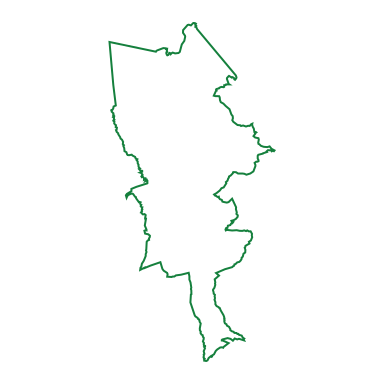 Cocu, Arges, Romania (Robinson projection)
{"feature_id": "2599482B3683205747186", "entity_name": "Cocu", "entity_type": "district", "adm_level": 2, "iso_a3": "ROU", "parent_name": "Romania", "parent_adm1": "Arges", "projection": "robinson", "projection_center": [24.657, 44.87], "detail": "fine", "context": "isolated", "style": "outline", "palette": "green", "viewbox_px": 384, "rotation_deg": 0, "n_neighbors": 0, "source": "geoboundaries", "source_scale": "gbopen_adm2", "svg_char_len": 6053}
<svg xmlns="http://www.w3.org/2000/svg" viewBox="0 0 384 384"><path d="M242.8,256.6L243.5,253.7L245.2,252.5L245.4,249.9L244.7,247.7L245.2,247.2L245.5,245.8L249.5,243.5L248.9,241.8L250.9,240.5L252.2,237.2L251.8,235.5L252.0,233.8L250.6,231.3L248.9,231.4L247.2,230.4L246.1,231.1L244.2,230.4L242.4,230.9L239.6,230.8L236.7,230.2L232.1,230.5L226.9,229.9L225.8,230.4L225.5,229.4L226.2,228.0L227.4,227.9L227.9,225.7L230.3,225.1L231.1,223.6L232.2,223.4L233.1,222.2L232.0,222.1L231.4,220.8L233.6,220.2L235.8,219.0L237.6,216.9L237.8,215.3L236.4,213.9L236.8,212.4L235.9,209.1L236.1,207.3L232.1,198.7L228.6,202.1L226.8,202.6L223.8,202.0L222.4,201.6L221.8,199.9L220.0,199.2L219.1,198.1L218.8,196.7L217.9,197.1L216.8,196.5L216.2,195.9L215.2,195.7L214.1,194.5L216.4,193.2L219.8,190.5L221.5,188.2L223.7,187.4L226.3,183.3L225.9,182.1L227.5,180.7L228.2,178.5L228.9,177.6L229.0,176.5L230.7,175.5L232.9,173.2L233.0,172.3L233.3,172.1L236.0,172.2L238.0,173.5L242.4,173.5L244.4,173.8L246.4,174.7L250.3,173.5L253.4,171.4L255.4,166.1L255.4,164.9L254.6,162.9L256.2,161.7L257.4,161.7L258.5,161.2L258.5,160.2L257.7,158.5L257.7,155.8L258.3,154.8L262.9,153.6L263.0,153.3L267.0,152.0L266.6,151.4L267.9,150.2L271.1,150.3L271.7,151.3L272.9,150.7L273.9,151.2L274.5,150.4L271.5,148.8L269.6,146.4L267.3,147.1L263.7,146.8L260.9,145.8L259.4,144.3L258.5,143.9L258.2,142.6L258.8,139.6L258.4,138.2L255.1,137.5L253.5,136.1L255.2,133.8L255.0,133.3L256.3,132.4L255.8,132.0L254.4,132.0L253.8,128.6L252.7,126.7L252.1,124.8L252.3,123.7L251.2,124.2L249.7,125.9L248.1,125.8L246.0,126.5L243.1,125.5L241.0,126.0L240.3,125.3L237.5,125.0L233.3,121.8L232.3,120.2L232.9,118.3L232.7,116.1L231.4,114.5L229.5,109.2L225.7,106.0L223.4,103.6L220.8,102.2L220.0,100.2L219.7,97.3L219.1,96.2L215.2,96.1L213.8,95.7L216.0,90.8L216.6,90.6L216.1,89.4L216.6,89.0L219.1,88.3L219.3,87.8L221.3,86.9L223.7,87.2L224.2,86.8L224.2,85.2L225.8,85.0L226.1,84.4L229.3,84.4L228.7,84.0L226.9,78.9L227.0,78.0L228.6,76.2L229.0,75.9L231.8,77.6L232.2,77.1L233.2,77.5L233.8,77.9L234.6,78.9L234.4,79.4L235.0,79.8L236.2,78.4L236.5,77.3L235.8,75.4L197.1,29.1L196.2,26.9L195.4,26.9L195.4,25.9L196.1,25.6L195.3,24.5L195.9,23.7L194.9,23.1L193.3,23.0L190.9,25.4L188.8,24.7L187.6,25.0L183.1,30.1L183.0,32.8L185.0,35.7L185.2,36.7L184.3,40.9L181.8,44.4L179.8,51.9L178.5,53.0L175.1,53.4L172.7,52.6L171.6,53.2L170.7,54.2L170.1,53.1L169.4,52.9L168.4,54.9L167.3,55.3L166.8,54.7L166.3,53.2L166.4,52.3L167.2,51.9L166.9,50.7L167.1,48.8L165.9,49.0L165.8,48.3L163.3,48.1L157.2,50.4L156.4,50.9L155.9,51.7L109.5,42.0L113.3,85.0L115.8,105.5L113.6,106.5L113.2,108.6L112.5,109.7L111.4,110.0L111.3,110.5L111.8,111.1L111.7,111.7L113.4,113.3L113.2,114.0L113.6,114.5L113.2,115.6L114.2,116.0L114.2,116.5L113.2,117.2L114.0,117.8L113.9,119.0L114.4,119.7L113.3,120.5L113.4,120.9L114.4,121.6L114.2,123.4L115.1,124.6L116.0,125.2L115.7,127.1L116.9,127.6L116.6,129.8L116.0,130.1L116.7,131.9L118.2,133.3L118.3,134.3L120.2,137.2L120.5,138.5L122.0,139.7L123.1,141.9L122.8,144.1L123.9,145.2L123.3,145.9L124.2,148.0L124.5,151.2L126.4,152.2L127.0,154.2L127.6,155.0L129.0,155.2L131.7,154.7L132.6,155.6L135.1,156.9L135.7,158.5L137.3,159.2L136.6,160.1L137.7,161.5L137.7,163.3L138.6,164.9L138.4,165.9L138.8,167.2L140.0,168.5L139.0,169.0L140.8,171.1L141.8,170.7L142.2,170.9L142.2,171.7L140.0,172.6L141.2,173.0L142.5,174.6L142.0,175.4L142.3,175.7L141.4,176.5L141.8,177.1L142.6,176.5L144.0,178.2L144.0,178.9L144.8,178.6L144.4,179.6L145.8,179.0L146.4,179.3L145.5,181.0L147.0,180.2L147.5,181.0L147.2,181.9L147.5,183.0L147.2,183.4L136.5,186.8L131.4,188.9L131.4,191.2L126.9,193.9L125.9,195.3L126.6,197.7L127.4,195.9L128.5,194.9L131.1,193.7L132.6,193.7L133.2,194.1L135.1,196.8L135.9,197.1L136.1,198.3L138.9,202.2L139.5,201.9L140.6,202.3L140.1,203.2L140.3,203.9L140.6,204.6L141.3,204.9L140.7,206.2L141.5,207.1L142.2,207.3L141.9,207.7L142.3,209.3L141.9,209.5L142.1,210.0L141.6,211.1L141.9,211.4L141.4,212.1L141.7,212.1L141.6,213.2L142.9,214.4L144.6,214.1L145.7,215.1L145.2,217.5L145.5,217.9L145.1,218.4L145.3,219.2L145.9,219.1L144.8,225.5L146.5,229.6L146.5,230.4L145.7,230.2L144.4,230.7L145.1,233.6L148.3,234.3L149.9,235.7L149.8,237.0L148.9,238.7L149.1,239.9L147.7,240.5L146.7,241.8L146.3,249.4L146.0,250.3L146.5,252.0L145.7,254.1L145.7,256.0L143.7,260.9L141.9,263.7L141.3,266.7L140.5,267.7L140.2,269.9L144.7,267.6L144.7,268.0L150.5,265.6L160.4,262.2L162.4,268.9L163.7,270.7L167.1,272.9L167.6,274.2L167.2,276.7L171.7,277.0L172.3,276.6L174.4,276.5L175.9,275.4L181.1,274.7L188.7,272.8L189.4,276.3L189.4,279.6L190.5,282.4L191.3,287.7L190.9,289.0L191.3,290.2L191.4,294.2L190.9,294.5L190.4,302.4L194.6,315.0L195.3,316.3L197.7,318.0L197.9,318.8L199.0,319.4L199.0,319.8L199.5,320.3L199.6,321.7L200.7,323.5L199.8,328.3L199.9,330.4L200.8,331.6L200.5,333.0L201.5,334.6L202.7,335.2L202.9,336.8L203.7,337.6L203.7,339.0L202.9,341.5L204.0,343.0L203.7,344.0L203.9,345.2L205.1,345.9L205.1,346.3L204.1,346.9L205.0,348.2L203.7,351.2L204.4,353.9L203.7,354.5L203.9,355.8L203.5,357.2L204.3,358.4L203.1,358.7L204.6,358.9L204.2,360.6L206.2,361.0L207.5,360.4L208.7,358.0L211.0,356.1L211.5,356.8L212.1,356.5L212.4,355.3L214.0,354.3L215.7,351.0L217.2,349.5L220.2,347.5L221.8,347.3L223.2,347.7L223.4,347.1L228.6,343.1L222.9,340.6L221.8,340.5L221.8,340.0L222.3,339.5L227.6,338.1L230.6,338.9L232.9,340.7L234.7,338.5L237.2,339.4L239.0,338.8L244.1,340.4L243.5,339.2L244.2,338.6L242.7,337.5L241.7,335.6L239.0,334.8L238.4,333.9L237.4,334.0L236.5,333.0L234.4,332.9L233.6,331.8L231.9,331.3L230.3,330.1L230.3,329.1L229.0,326.8L226.9,325.6L226.5,324.3L224.9,323.3L224.3,321.5L224.6,320.4L224.2,319.9L224.6,318.9L224.1,318.2L224.3,317.4L223.5,315.2L220.7,310.4L219.8,308.1L219.3,308.1L218.7,307.2L216.6,306.1L215.4,304.3L215.4,302.1L214.5,299.7L214.9,298.9L214.9,297.3L214.6,296.5L214.9,294.8L213.7,293.7L213.6,292.3L213.0,290.2L213.1,289.6L214.4,287.8L215.3,284.8L215.0,283.5L215.3,282.4L214.7,279.3L219.0,275.6L216.1,273.0L225.0,269.2L232.3,267.1L233.1,266.2L233.8,266.0L234.3,265.2L234.4,264.4L235.6,264.0L237.2,262.4L239.3,261.9L240.7,260.5L241.6,258.9L241.6,257.8L242.8,256.6Z" fill="none" stroke="#15803d" stroke-width="2"/></svg>